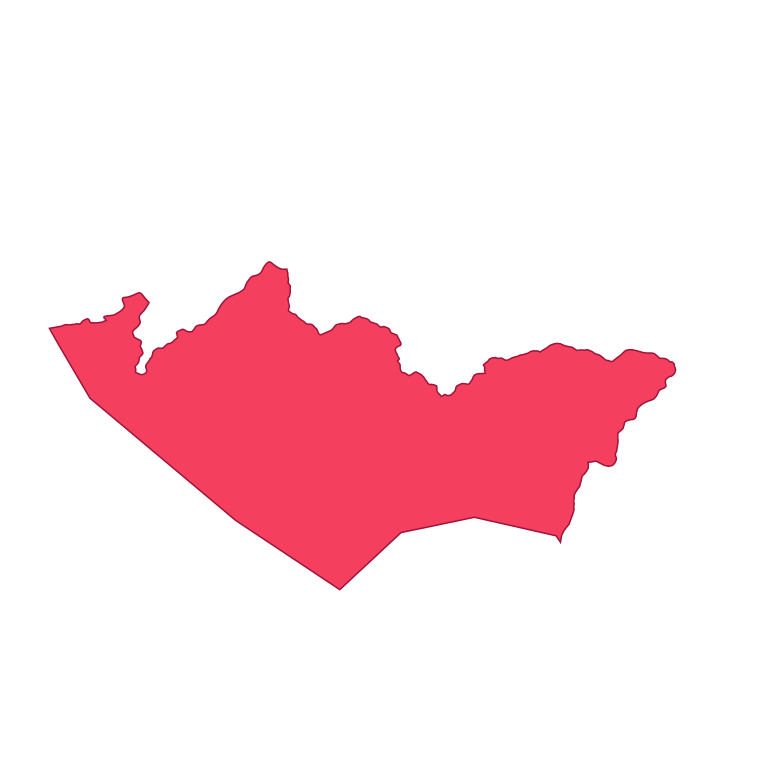 the district of Senge, Geylegphug, Bhutan, rotated 57°
{"feature_id": "84629894B83148928798212", "entity_name": "Senge", "entity_type": "district", "adm_level": 2, "iso_a3": "BTN", "parent_name": "Bhutan", "parent_adm1": "Geylegphug", "projection": "natural_earth1", "projection_center": [90.093, 26.834], "detail": "fine", "context": "isolated", "style": "filled", "palette": "rose", "viewbox_px": 768, "rotation_deg": 57, "n_neighbors": 0, "source": "geoboundaries", "source_scale": "gbopen_adm2", "svg_char_len": 6170}
<svg xmlns="http://www.w3.org/2000/svg" viewBox="0 0 768 768"><g transform="rotate(57 384 384)"><path d="M234.8,402.9L232.6,406.5L231.2,407.9L229.6,408.9L227.1,410.2L223.6,411.6L220.8,412.4L220.0,412.8L219.3,413.5L218.9,414.4L218.8,415.4L219.1,417.4L220.1,420.2L221.0,422.0L223.0,425.4L223.7,427.3L223.8,429.3L223.7,430.3L223.2,432.2L222.2,435.1L222.0,436.1L222.0,437.1L222.2,438.1L222.8,440.0L224.2,443.7L225.2,445.4L227.6,448.5L228.0,449.4L228.3,450.4L228.4,451.4L228.4,455.4L226.6,466.4L226.7,469.4L227.0,471.4L227.7,474.3L229.1,478.1L230.9,481.6L232.9,485.0L233.7,486.8L234.1,488.8L234.3,493.9L234.4,494.9L234.8,496.8L236.0,500.7L236.1,501.7L235.9,502.7L235.6,503.6L233.8,507.2L233.3,509.1L233.3,510.1L233.5,511.1L235.1,514.8L235.4,515.7L235.3,516.7L235.0,517.7L234.5,518.6L233.2,520.0L231.6,521.1L229.1,522.3L228.5,523.1L228.1,524.0L227.7,527.0L227.6,529.1L228.0,530.0L228.8,530.5L230.6,531.0L231.5,531.3L232.1,531.7L232.9,532.9L232.9,535.4L233.6,538.3L233.7,539.9L233.5,540.9L232.6,543.3L232.5,544.1L233.0,547.7L233.5,549.6L233.0,550.8L232.0,552.4L230.9,553.6L230.7,555.2L230.7,559.1L231.5,560.5L234.6,563.7L235.0,564.5L235.2,566.2L236.1,567.4L238.3,573.0L239.1,574.0L240.1,574.7L242.7,575.3L244.3,576.3L244.8,577.1L245.0,578.1L245.0,579.1L244.7,581.1L244.3,582.0L243.7,582.8L239.7,585.5L238.9,585.9L238.1,585.4L236.6,584.2L235.7,583.9L234.8,583.7L233.9,583.4L233.2,581.5L232.7,579.5L232.4,578.6L231.9,577.7L231.2,577.0L229.0,575.2L228.5,574.4L227.8,571.4L227.1,569.6L226.3,569.2L224.5,568.6L219.8,567.9L219.1,567.4L217.9,565.8L216.5,564.5L214.7,564.6L211.4,566.6L208.9,567.9L206.1,567.5L204.3,567.0L203.5,566.4L202.9,565.7L202.5,564.8L202.0,560.8L201.6,558.8L200.9,556.9L199.9,555.2L199.2,554.6L195.6,553.4L194.7,553.0L194.0,552.4L193.4,551.6L193.0,550.7L191.6,544.8L188.3,537.5L187.8,536.8L186.8,536.8L182.2,537.6L176.6,538.2L174.8,538.9L174.2,539.6L173.8,540.5L172.8,546.5L171.9,550.4L171.2,552.3L169.8,554.9L169.6,556.0L169.9,556.9L170.7,557.4L172.5,558.0L175.3,558.5L177.1,559.1L177.7,559.8L178.2,560.7L179.0,562.6L179.3,564.5L179.4,566.6L179.3,569.6L179.1,572.6L178.8,573.6L175.4,580.6L175.1,582.2L175.9,582.8L178.1,582.4L179.4,582.3L178.9,584.8L178.5,587.4L177.6,588.5L177.1,589.7L176.9,590.5L175.3,593.2L174.6,594.1L173.6,595.7L172.9,596.3L172.0,596.7L171.2,596.7L170.3,596.5L168.8,596.5L167.9,596.9L167.4,598.6L167.1,600.6L167.1,602.4L167.4,603.7L168.0,605.3L167.9,606.9L166.1,608.8L165.6,610.2L165.3,611.6L164.4,612.6L163.9,614.0L163.0,615.9L160.9,618.5L160.3,620.3L160.0,622.6L155.1,634.3L173.6,635.5L235.8,638.3L417.7,582.7L532.4,533.1L517.9,450.6L545.0,380.8L605.1,322.3L612.9,322.2L607.8,317.6L605.1,313.2L602.3,305.1L595.4,295.9L592.8,293.0L590.5,291.8L587.8,289.6L585.6,288.8L583.2,286.5L581.2,285.3L580.0,283.9L578.4,280.8L576.3,275.4L574.5,273.7L572.7,271.5L570.6,269.5L569.0,267.6L568.6,264.8L567.5,261.7L565.9,258.7L563.2,256.7L560.8,255.6L562.7,251.7L564.2,248.1L567.8,246.1L572.2,243.5L575.3,240.6L576.6,237.3L576.6,235.6L575.8,233.0L574.2,230.6L572.7,229.5L570.0,228.8L568.6,228.0L566.9,225.4L560.1,219.3L555.0,216.3L552.5,214.5L552.1,210.9L551.5,207.8L549.3,205.2L547.3,203.2L546.9,201.4L548.1,196.9L549.5,194.2L549.5,192.0L548.3,190.1L545.4,187.6L543.2,185.3L542.2,183.2L541.6,179.2L541.6,175.9L542.4,171.1L543.2,168.2L543.5,165.5L542.4,162.0L541.2,159.8L539.8,157.8L539.1,155.7L540.0,150.9L539.5,148.7L537.6,147.8L536.4,147.4L534.1,145.9L533.5,144.2L533.2,140.7L534.1,138.2L533.6,135.5L532.8,133.8L530.7,131.5L527.3,130.7L526.1,130.1L524.5,129.7L522.2,130.5L521.0,132.2L518.3,132.9L516.5,133.9L514.9,135.3L512.9,138.4L512.2,138.9L507.6,140.1L505.8,140.8L505.1,141.3L503.8,142.7L501.0,146.9L499.8,148.4L498.5,149.8L494.1,153.6L490.5,157.2L489.3,158.8L488.4,160.5L488.2,161.4L487.6,162.4L487.6,163.6L487.8,165.2L488.2,167.5L488.6,168.5L489.0,174.9L489.5,179.9L489.2,181.1L488.3,181.6L486.3,183.4L485.4,184.4L484.6,185.0L483.1,185.6L481.8,185.8L479.1,186.8L478.4,186.9L476.1,188.2L474.3,189.9L472.7,190.8L470.1,191.9L466.4,194.4L465.4,196.1L464.7,197.6L462.6,200.4L460.8,204.0L455.8,206.1L452.1,209.9L450.0,211.8L446.3,214.2L444.1,216.9L443.0,219.2L442.0,223.6L442.2,226.3L442.4,227.2L442.1,233.8L442.4,235.4L440.2,236.9L437.4,240.9L436.6,243.5L436.6,246.1L435.0,251.7L433.8,254.2L433.6,256.7L431.8,262.1L431.7,264.4L431.2,267.6L430.0,269.3L428.6,270.1L426.4,271.2L424.3,274.9L422.6,276.1L421.1,278.9L420.5,281.6L420.8,282.8L421.4,284.1L422.0,290.0L422.7,290.4L424.8,290.4L427.2,292.1L430.0,293.1L429.4,294.7L426.6,299.4L425.7,302.5L426.1,304.2L427.0,306.0L428.0,307.2L428.5,308.2L429.3,310.3L430.0,311.6L430.2,313.1L429.7,314.0L427.3,316.6L426.4,317.9L426.0,318.8L425.6,321.2L425.3,323.7L425.8,325.2L427.8,327.3L428.4,328.1L428.9,329.7L429.2,331.7L429.6,333.2L429.3,335.4L428.7,336.3L428.3,336.9L426.3,338.5L425.8,339.0L425.9,340.4L425.8,342.4L424.7,342.9L423.3,342.9L420.8,343.5L419.1,343.6L418.1,343.1L416.3,341.9L414.2,340.9L412.1,342.4L410.5,344.0L409.2,346.0L407.6,346.9L405.1,346.7L402.8,347.0L399.8,346.9L397.4,347.4L395.8,348.0L391.5,350.4L391.0,351.4L390.9,352.5L391.0,356.5L390.4,358.6L389.4,359.1L387.5,359.8L386.2,360.5L384.3,362.4L383.1,362.9L380.3,362.2L376.4,359.9L372.5,360.2L371.8,360.0L371.8,358.2L371.0,357.3L368.1,357.3L365.1,356.6L364.0,356.7L362.1,356.1L361.2,356.0L360.3,354.3L360.1,351.9L360.6,349.4L359.8,348.0L358.5,347.5L349.9,346.6L345.6,349.7L344.2,350.2L341.0,349.6L340.0,349.9L338.4,350.7L335.6,352.9L335.5,353.7L334.5,355.6L333.7,356.3L332.6,356.7L329.8,357.3L325.3,361.0L324.2,361.6L323.2,361.9L321.9,361.9L319.7,363.0L315.7,366.9L314.2,367.3L313.7,368.2L313.4,368.9L313.0,373.7L313.3,376.6L313.9,378.5L313.5,380.8L312.2,384.0L310.4,386.2L309.7,387.6L308.5,391.1L308.4,392.7L309.8,397.0L310.2,399.1L308.4,410.1L307.1,411.2L306.4,411.3L301.5,410.5L295.4,411.8L294.0,412.8L291.9,415.8L290.9,416.5L288.1,417.1L285.2,418.5L283.3,419.1L280.9,420.0L278.6,420.0L277.0,420.6L275.4,422.3L271.3,424.1L270.3,423.9L269.3,423.4L267.6,421.2L266.5,420.7L264.0,419.9L260.2,418.1L259.4,417.2L259.0,415.7L258.4,415.0L256.6,413.2L254.9,411.9L252.9,410.8L250.9,409.2L247.9,409.3L247.2,409.5L245.0,407.7L243.5,406.7L241.5,406.1L238.7,404.3L236.9,403.8L234.8,402.9Z" fill="#f43f5e" stroke="#9f1239" stroke-width="1.5"/></g></svg>